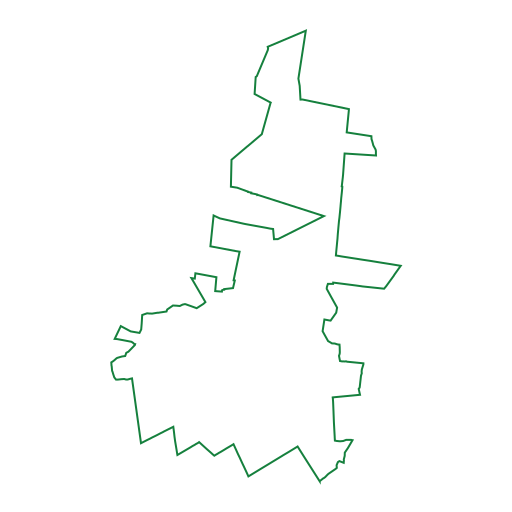 Mocochá, Yucatán, Mexico (orthographic projection)
{"feature_id": "50627088B81150073591621", "entity_name": "Mocochá", "entity_type": "district", "adm_level": 2, "iso_a3": "MEX", "parent_name": "Mexico", "parent_adm1": "Yucatán", "projection": "orthographic", "projection_center": [-89.453, 21.144], "detail": "fine", "context": "isolated", "style": "outline", "palette": "green", "viewbox_px": 512, "rotation_deg": 0, "n_neighbors": 0, "source": "geoboundaries", "source_scale": "gbopen_adm2", "svg_char_len": 4158}
<svg xmlns="http://www.w3.org/2000/svg" viewBox="0 0 512 512"><path d="M343.7,462.8L343.9,460.6L343.8,459.4L344.7,455.9L344.8,452.6L347.8,448.2L348.1,447.7L352.5,440.2L352.0,440.1L351.3,439.9L346.1,439.9L343.2,441.0L340.1,441.3L337.0,441.0L336.9,441.0L334.9,440.6L334.7,437.3L334.7,436.9L333.9,422.2L333.5,411.6L333.1,401.9L332.8,397.8L332.8,397.7L332.7,397.6L332.7,397.4L335.6,397.1L360.0,394.8L358.7,388.9L359.5,387.8L359.7,387.3L361.0,375.7L361.8,373.1L361.6,372.1L361.7,370.8L361.8,369.6L363.4,364.4L363.4,363.3L347.0,361.7L346.0,361.3L345.0,361.5L343.4,361.4L342.0,361.4L340.0,361.0L339.9,360.3L339.7,359.5L339.0,355.8L339.4,354.7L339.7,353.6L339.8,352.2L339.7,347.3L339.5,344.6L338.1,344.5L336.8,344.2L336.2,344.0L335.9,343.9L335.4,343.7L334.9,343.6L334.4,343.5L332.0,343.4L329.9,342.1L328.1,341.1L324.8,335.2L322.6,331.2L324.4,319.5L329.1,320.4L330.6,320.6L336.2,312.7L337.1,307.6L330.7,296.1L326.7,288.8L326.9,287.0L327.9,283.9L333.1,283.9L333.2,282.6L345.1,284.1L356.0,285.5L359.6,286.0L361.1,286.2L362.2,286.4L384.1,288.7L386.1,286.3L389.3,281.9L393.8,275.7L394.3,274.8L400.7,265.8L390.4,264.1L387.8,263.7L379.6,262.4L369.8,260.8L361.8,259.6L356.8,258.8L352.2,258.1L346.5,257.2L343.9,256.8L341.3,256.4L338.5,255.9L335.9,255.5L336.2,252.0L337.3,240.5L337.5,238.4L337.8,234.1L338.1,230.8L338.4,227.3L339.0,220.9L339.4,217.9L340.0,212.1L340.5,206.6L340.7,204.2L341.0,201.1L341.2,198.4L341.5,195.5L341.8,192.7L342.2,188.6L342.3,187.4L342.3,186.6L341.7,186.4L342.0,184.4L342.8,177.4L343.1,174.3L343.3,171.5L343.4,170.2L344.6,153.5L376.0,155.5L375.9,153.8L375.9,151.0L375.6,149.6L373.3,145.4L372.8,143.4L372.1,140.9L371.5,139.1L371.4,136.2L346.7,132.4L347.9,120.0L348.8,110.8L348.9,109.1L302.5,99.5L300.5,99.6L300.4,98.7L300.4,98.1L299.7,85.9L298.4,78.6L305.8,30.7L267.7,46.8L268.1,48.3L267.8,50.1L256.8,76.2L255.7,77.0L254.6,94.0L270.7,102.6L270.6,102.8L270.5,103.1L261.8,134.2L247.5,146.3L247.3,146.4L231.5,159.8L230.9,186.7L237.2,187.7L248.1,191.7L248.1,192.0L251.3,192.6L251.2,193.3L255.0,194.0L257.1,194.5L257.1,194.8L257.2,195.1L257.7,195.0L257.9,195.0L258.1,195.0L323.9,216.1L277.9,239.1L274.0,239.2L273.1,229.0L270.1,228.6L266.6,227.9L245.6,224.1L243.6,223.7L219.9,218.4L213.6,215.5L210.4,246.3L235.9,251.1L239.6,251.7L233.6,280.3L234.8,280.5L233.0,288.1L224.2,289.1L224.2,289.7L223.5,289.7L222.1,290.2L221.9,291.6L215.2,291.1L216.4,277.2L199.2,274.0L195.4,273.3L194.8,278.6L191.4,278.1L194.0,282.5L205.4,302.1L203.4,303.9L196.7,308.2L190.9,306.1L185.8,304.3L185.0,304.1L182.6,304.6L179.8,306.0L176.5,305.7L173.0,305.5L167.2,309.5L166.5,311.5L165.2,311.7L157.9,312.8L157.6,312.7L152.2,313.6L149.2,313.5L147.1,313.3L142.2,315.0L141.7,323.4L141.2,329.5L139.5,332.9L130.7,331.4L120.8,326.1L114.7,338.9L117.2,339.1L122.7,340.1L131.5,341.8L133.0,342.8L134.5,344.2L135.1,344.2L134.9,345.0L128.4,351.7L126.3,352.8L125.2,356.0L121.9,356.5L117.2,357.9L116.4,358.4L114.5,360.1L113.0,361.3L111.3,362.4L111.5,365.5L111.7,366.4L112.1,370.8L112.5,371.7L113.3,374.4L114.3,377.4L116.0,379.6L117.8,379.6L121.3,379.2L124.2,379.0L125.9,379.5L127.8,379.5L129.8,378.9L132.0,378.4L141.0,443.2L143.1,442.1L147.4,439.9L149.9,438.7L152.3,437.4L154.8,436.2L157.2,435.0L159.1,434.0L160.8,433.1L162.7,432.2L163.9,431.5L173.3,426.8L174.0,432.2L174.5,436.7L175.1,441.1L176.6,450.1L177.3,454.5L177.4,455.0L180.3,453.3L190.7,447.2L192.4,446.1L193.1,445.7L193.6,445.5L194.2,445.1L194.8,444.8L195.5,444.3L196.2,443.9L196.8,443.6L197.1,443.4L197.7,443.1L198.2,442.8L198.8,442.4L199.1,442.1L206.8,449.1L210.0,451.9L211.8,453.5L212.3,454.0L212.7,454.3L213.0,454.6L214.3,455.7L216.4,454.4L217.5,453.8L218.4,453.2L219.2,452.7L220.2,452.2L223.7,450.1L225.5,449.0L226.1,448.6L231.4,445.5L233.2,444.4L233.5,444.2L235.1,447.7L236.3,450.3L236.5,450.8L236.7,451.2L237.9,453.9L240.0,458.2L240.8,460.0L242.7,464.1L244.0,466.8L246.0,471.1L247.7,474.8L248.4,476.4L261.2,468.6L269.8,463.4L270.6,462.9L281.8,456.1L282.9,455.4L288.8,451.9L297.3,446.7L297.6,446.5L303.9,456.5L319.7,481.3L319.7,481.2L323.3,478.3L323.7,478.2L325.2,477.1L327.7,474.5L328.5,473.8L330.4,472.5L335.5,469.0L336.8,467.9L336.6,465.2L337.9,462.1L339.4,461.1L343.7,462.8Z" fill="none" stroke="#15803d" stroke-width="2"/></svg>